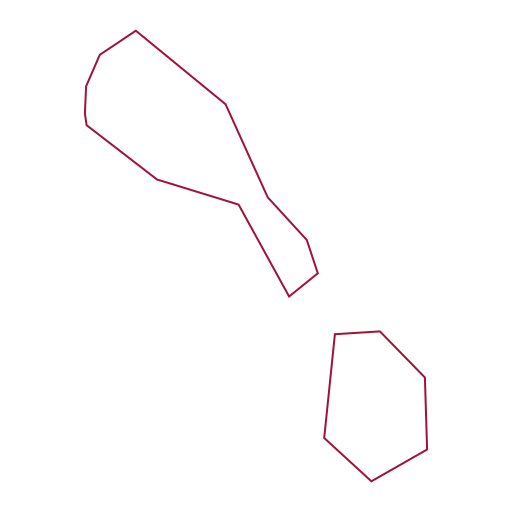 outline of Saint Kitts and Nevis
{"feature_id": "KNA", "entity_name": "Saint Kitts and Nevis", "entity_type": "country or territory", "adm_level": 0, "iso_a3": "KNA", "parent_name": "North America", "parent_adm1": "", "projection": "equal_earth", "projection_center": [-62.678, 17.252], "detail": "fine", "context": "isolated", "style": "outline", "palette": "rose", "viewbox_px": 512, "rotation_deg": 0, "n_neighbors": 0, "source": "natural_earth", "source_scale": "50m", "svg_char_len": 361}
<svg xmlns="http://www.w3.org/2000/svg" viewBox="0 0 512 512"><path d="M317.8,273.3L289.1,296.5L238.6,204.6L157.0,179.5L86.6,125.2L84.9,113.5L86.1,86.3L99.8,54.8L135.8,30.7L225.6,104.3L267.7,197.3L306.8,240.0L317.8,273.3ZM427.1,449.5L371.4,481.3L324.2,438.0L334.9,334.2L379.9,331.4L424.9,377.5L427.1,449.5Z" fill="none" stroke="#9f1239" stroke-width="2"/></svg>